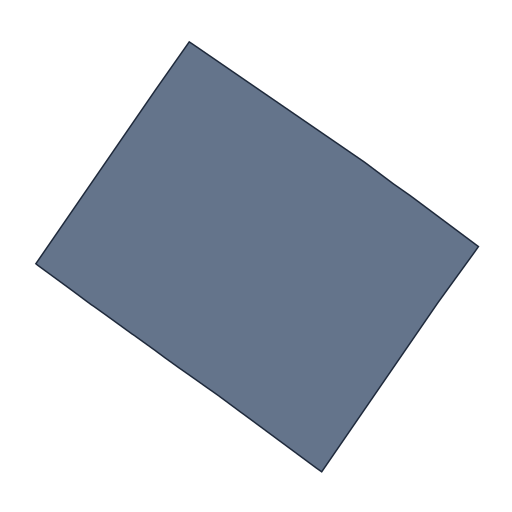 the district of Rock, Wisconsin, United States of America, rotated 35°
{"feature_id": "52423323B35843280156412", "entity_name": "Rock", "entity_type": "district", "adm_level": 2, "iso_a3": "USA", "parent_name": "United States of America", "parent_adm1": "Wisconsin", "projection": "equal_earth", "projection_center": [-89.089, 42.67], "detail": "fine", "context": "isolated", "style": "filled", "palette": "slate", "viewbox_px": 512, "rotation_deg": 35, "n_neighbors": 0, "source": "geoboundaries", "source_scale": "gbopen_adm2", "svg_char_len": 597}
<svg xmlns="http://www.w3.org/2000/svg" viewBox="0 0 512 512"><g transform="rotate(35 256 256)"><path d="M291.3,116.9L149.6,118.2L82.1,118.8L78.5,118.9L78.4,177.4L80.1,388.6L82.6,388.8L125.0,389.7L141.9,390.2L149.1,390.4L151.3,390.3L162.6,390.4L163.8,390.4L199.5,391.0L200.6,390.9L224.5,391.2L227.3,391.2L229.4,391.3L240.1,391.6L256.8,391.8L273.8,391.8L291.2,391.9L291.3,391.9L292.5,391.9L303.9,391.9L304.0,391.9L333.6,392.7L335.3,392.7L427.5,395.1L433.6,395.1L431.8,189.5L432.8,127.1L432.8,120.7L348.1,118.1L327.0,118.1L291.3,116.9Z" fill="#64748b" stroke="#1e293b" stroke-width="1.5"/></g></svg>